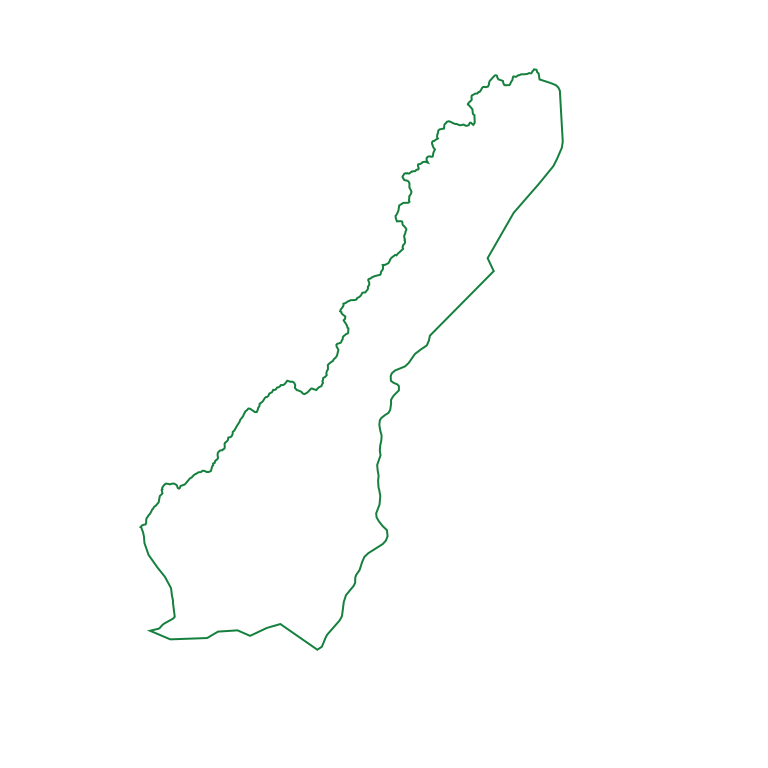 the district of Kemin, Chuy, Kyrgyzstan, rotated 310°
{"feature_id": "92254566B21281891478391", "entity_name": "Kemin", "entity_type": "district", "adm_level": 2, "iso_a3": "KGZ", "parent_name": "Kyrgyzstan", "parent_adm1": "Chuy", "projection": "orthographic", "projection_center": [76.498, 42.781], "detail": "fine", "context": "isolated", "style": "outline", "palette": "green", "viewbox_px": 768, "rotation_deg": 310, "n_neighbors": 0, "source": "geoboundaries", "source_scale": "gbopen_adm2", "svg_char_len": 6150}
<svg xmlns="http://www.w3.org/2000/svg" viewBox="0 0 768 768"><g transform="rotate(310 384 384)"><path d="M137.6,503.7L142.8,505.3L152.5,502.2L155.4,501.6L173.9,502.0L177.2,501.5L179.5,500.8L191.2,493.3L197.8,490.6L210.0,490.5L213.3,489.6L217.1,486.5L220.0,485.4L225.7,484.9L233.8,481.6L239.1,480.1L244.6,480.8L260.6,485.9L265.2,486.1L269.7,484.6L273.9,480.2L274.3,474.3L275.5,468.4L277.1,464.0L279.8,461.2L288.7,458.1L295.8,453.2L299.3,449.0L301.6,445.9L306.2,441.6L310.3,438.8L314.0,434.4L317.6,430.8L327.1,427.2L330.5,423.4L334.7,420.5L338.9,418.3L342.8,415.5L346.3,410.6L349.8,406.6L353.6,404.1L356.3,403.8L361.1,404.8L364.7,406.0L368.1,405.4L373.6,402.0L376.3,399.6L379.7,399.0L381.9,398.9L388.7,399.5L391.9,396.8L392.3,394.6L391.0,390.3L390.9,387.3L394.0,384.3L397.1,383.1L401.5,383.8L411.0,388.8L415.9,389.4L427.0,388.4L434.5,390.1L441.0,392.0L446.1,390.5L450.5,388.1L541.0,395.5L547.0,382.5L598.5,373.3L636.8,374.0L659.6,373.7L667.5,371.9L679.2,368.4L684.5,365.2L721.7,330.2L723.2,326.9L723.4,323.5L721.6,318.0L717.3,307.4L721.3,302.8L721.4,300.7L722.6,299.2L722.6,298.6L721.5,296.7L720.2,296.9L719.0,296.7L717.5,297.1L716.5,297.0L715.3,295.2L713.7,294.5L711.8,292.8L709.3,289.9L707.7,289.3L706.9,288.4L704.4,287.8L703.8,287.2L703.1,285.7L702.8,285.5L702.1,285.5L699.2,287.0L697.1,287.2L694.7,287.9L693.7,287.9L692.8,287.1L690.6,284.6L690.4,283.7L691.4,281.7L692.6,280.3L690.9,275.8L691.6,273.8L692.3,273.1L692.7,272.4L692.6,271.6L692.3,271.1L691.3,270.5L684.2,270.2L682.4,270.8L681.2,271.7L679.6,272.3L678.5,272.4L676.8,271.1L675.9,269.6L675.1,269.0L673.9,268.8L671.2,269.4L669.3,269.5L668.4,268.7L666.5,268.8L665.2,267.3L661.4,265.8L660.0,266.6L658.2,268.4L657.4,268.6L654.5,268.1L652.4,268.3L652.0,268.6L652.1,270.0L651.3,275.1L648.5,278.0L648.0,278.9L648.1,280.4L642.9,285.2L642.1,285.6L640.3,285.8L639.9,285.8L640.0,282.8L639.6,282.0L639.1,281.9L636.6,282.5L634.5,281.0L633.9,278.2L631.3,276.2L630.7,275.1L629.9,272.6L629.1,271.6L628.1,269.1L628.0,267.8L627.0,264.8L625.2,263.6L623.6,263.8L622.3,263.5L621.5,263.6L618.2,265.7L614.7,262.9L613.0,262.7L611.0,264.0L609.5,264.4L607.3,265.9L606.9,266.4L606.7,267.5L604.1,266.5L602.4,266.2L601.6,265.4L601.0,265.3L599.6,265.7L598.6,266.7L598.3,267.7L597.4,268.7L596.6,270.9L596.5,272.2L593.1,273.1L589.5,275.1L588.6,274.4L587.8,272.8L587.0,271.9L585.8,271.4L584.6,271.4L583.8,271.9L582.7,273.1L581.8,275.4L580.8,272.9L580.3,272.2L578.8,271.0L577.1,270.8L575.8,270.3L574.3,269.0L573.2,269.5L571.4,272.1L570.3,272.3L569.0,271.2L567.2,271.0L566.7,270.7L565.5,269.4L564.9,269.2L564.7,268.7L561.4,268.0L560.7,267.2L560.4,266.2L559.7,265.9L559.5,265.2L558.2,264.4L554.8,264.9L554.3,265.3L554.1,265.8L554.0,266.9L553.4,267.6L553.3,268.2L553.4,268.9L554.6,270.8L554.9,272.4L554.7,273.0L554.0,274.6L550.9,277.1L549.8,279.8L548.8,281.6L546.6,282.5L543.9,282.7L543.4,283.3L540.5,285.3L540.0,286.4L538.4,286.1L535.2,282.4L530.5,280.9L525.9,283.7L522.3,284.7L520.0,284.9L518.6,286.5L516.9,289.4L519.3,291.9L520.1,293.3L519.8,294.0L518.4,295.4L517.9,296.3L517.7,299.2L517.1,301.5L516.5,302.0L514.9,302.4L512.8,303.6L511.4,303.8L509.7,304.8L508.5,306.6L508.0,307.2L507.4,307.2L506.8,308.5L506.3,308.9L504.6,309.6L502.6,309.4L500.5,310.5L499.8,311.8L492.7,310.8L490.6,310.9L490.1,309.6L485.6,308.6L483.2,308.7L482.0,309.3L479.4,309.7L475.7,308.1L475.3,307.4L474.3,306.5L473.3,307.9L471.2,309.4L468.1,309.6L466.0,310.8L465.3,310.9L460.4,307.4L457.7,306.1L456.1,305.9L455.0,305.0L454.3,304.8L453.4,305.1L452.2,307.5L450.4,309.0L448.0,309.2L447.1,310.2L446.0,310.7L442.1,310.8L440.5,309.1L439.9,308.8L437.0,309.4L434.6,309.1L432.7,308.2L431.0,308.6L429.3,307.4L426.9,304.7L423.9,303.2L421.3,302.5L419.4,301.3L418.9,301.9L417.3,302.8L413.2,303.0L411.5,303.6L411.7,305.2L410.9,306.0L410.7,308.4L410.9,310.9L408.9,312.3L407.1,312.1L406.7,312.3L406.0,315.0L404.9,318.2L403.6,320.0L403.8,320.9L400.3,323.6L399.5,323.7L398.1,323.0L394.7,322.3L393.6,322.3L391.6,323.6L390.1,323.7L388.3,324.4L387.2,324.0L384.8,322.4L383.5,322.3L382.2,323.6L381.1,326.6L380.7,327.2L375.4,329.8L372.9,330.0L370.5,329.6L368.8,330.1L367.6,329.6L363.9,328.8L362.4,328.8L359.3,331.6L357.3,331.9L355.1,332.9L354.0,334.4L351.7,334.4L349.7,333.6L349.2,333.7L347.9,334.7L346.4,335.1L345.6,336.6L343.9,336.8L342.2,337.4L339.2,336.1L335.8,336.0L334.2,331.7L333.6,331.1L328.4,330.8L325.5,329.8L325.0,329.3L324.5,327.9L324.9,326.2L324.4,323.8L323.7,321.9L323.3,321.3L323.8,318.2L326.1,316.7L326.9,315.1L327.2,313.8L326.8,312.1L325.8,311.3L324.3,307.8L320.3,308.0L318.4,307.4L316.7,305.6L315.6,305.9L313.7,305.3L312.6,304.4L310.1,304.6L309.3,304.1L308.3,302.9L306.5,303.4L305.5,303.4L302.9,302.3L300.5,303.1L298.9,302.7L298.1,302.0L296.9,301.7L292.7,302.3L288.8,301.5L286.8,302.9L285.0,302.9L282.5,304.1L280.6,304.5L279.8,303.5L279.5,302.9L279.0,297.4L278.2,296.0L277.8,295.8L276.4,295.9L274.0,295.4L270.7,296.1L268.5,296.8L264.2,296.9L262.0,297.7L257.1,298.3L252.0,299.3L250.2,298.9L248.1,300.3L246.2,300.8L244.7,300.6L243.0,299.2L242.2,299.5L240.9,300.4L238.9,300.5L236.7,300.0L235.4,300.5L233.7,302.3L232.0,303.3L230.0,302.6L229.4,302.8L227.7,301.1L225.1,300.9L224.2,301.1L222.7,302.1L220.6,304.4L219.1,304.7L217.2,304.2L216.3,304.2L214.9,305.0L213.2,304.2L211.9,305.4L210.5,305.3L206.2,307.3L204.2,306.5L202.7,304.9L202.1,302.6L201.3,301.1L200.7,300.7L198.9,300.4L198.2,299.8L197.5,298.9L196.8,298.5L194.9,298.0L193.6,297.3L191.3,296.8L189.1,296.8L186.8,296.0L179.0,296.0L175.1,293.7L173.2,294.4L172.1,294.2L171.8,292.9L173.3,290.2L172.9,287.6L172.5,286.8L170.5,285.0L169.6,284.6L168.3,282.1L167.1,280.7L164.6,280.5L162.0,280.8L161.3,281.2L161.0,281.9L159.9,281.8L157.8,284.6L154.0,284.3L148.6,287.4L143.5,287.4L142.7,286.9L141.8,286.9L139.9,287.3L138.4,287.1L136.9,287.7L133.7,288.2L132.2,288.0L130.1,288.4L128.5,288.4L126.6,289.5L124.8,291.1L123.1,291.6L122.0,290.6L120.3,289.6L118.0,289.5L118.2,290.0L115.4,294.9L112.7,298.3L108.2,302.7L101.7,313.6L97.7,328.9L95.5,340.0L90.7,352.1L85.3,357.9L82.3,361.8L80.9,362.8L71.2,373.3L68.9,373.3L59.4,369.7L57.6,369.2L52.7,369.0L51.6,368.6L44.6,363.4L51.0,384.4L75.7,411.8L87.6,416.0L101.1,430.1L105.0,443.3L121.9,451.1L133.5,458.9L137.6,503.7Z" fill="none" stroke="#15803d" stroke-width="2"/></g></svg>